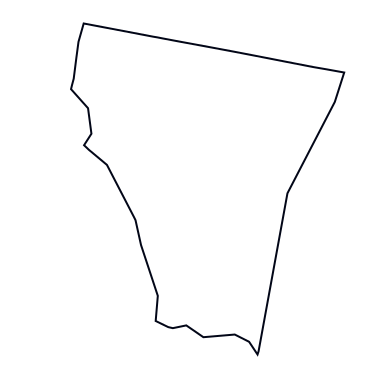 Cleveland, North Carolina, United States of America, rotated 188°
{"feature_id": "52423323B32747612056401", "entity_name": "Cleveland", "entity_type": "district", "adm_level": 2, "iso_a3": "USA", "parent_name": "United States of America", "parent_adm1": "North Carolina", "projection": "robinson", "projection_center": [-81.506, 35.374], "detail": "fine", "context": "isolated", "style": "outline", "palette": "ink", "viewbox_px": 384, "rotation_deg": 188, "n_neighbors": 0, "source": "geoboundaries", "source_scale": "gbopen_adm2", "svg_char_len": 655}
<svg xmlns="http://www.w3.org/2000/svg" viewBox="0 0 384 384"><g transform="rotate(188 192 192)"><path d="M245.9,159.0L244.0,156.2L235.1,132.4L211.4,84.4L210.0,59.2L196.7,54.9L192.0,54.5L179.1,59.1L160.5,49.8L129.8,56.8L114.6,51.6L104.5,40.2L103.9,43.5L97.3,204.0L63.1,301.1L57.9,331.5L75.8,332.2L89.1,332.6L110.5,333.7L131.0,334.8L150.1,335.8L170.1,336.8L192.1,337.8L222.7,339.1L223.2,339.1L242.5,340.0L247.9,340.3L252.0,340.4L299.5,342.7L322.7,343.8L325.3,324.9L325.2,311.4L325.2,309.8L324.9,287.7L325.7,281.1L326.1,277.0L306.6,260.5L299.7,235.7L305.4,223.3L299.8,219.3L280.0,207.0L245.9,159.0Z" fill="none" stroke="#020617" stroke-width="2"/></g></svg>